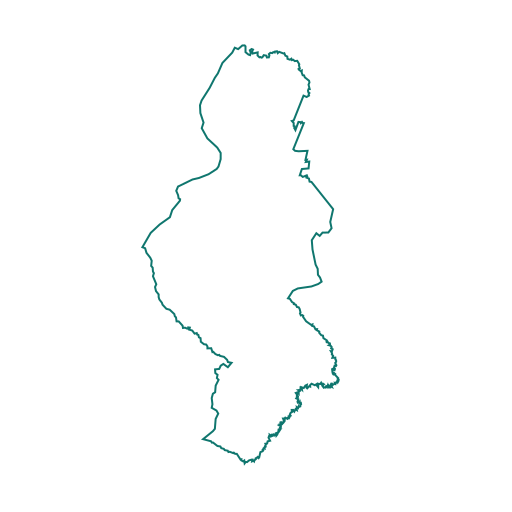 Concordia, Entre Ríos, Argentina, rotated 195°
{"feature_id": "61730980B23463184159568", "entity_name": "Concordia", "entity_type": "district", "adm_level": 2, "iso_a3": "ARG", "parent_name": "Argentina", "parent_adm1": "Entre Ríos", "projection": "equal_earth", "projection_center": [-58.296, -31.285], "detail": "fine", "context": "isolated", "style": "outline", "palette": "teal", "viewbox_px": 512, "rotation_deg": 195, "n_neighbors": 0, "source": "geoboundaries", "source_scale": "gbopen_adm2", "svg_char_len": 6079}
<svg xmlns="http://www.w3.org/2000/svg" viewBox="0 0 512 512"><g transform="rotate(195 256 256)"><path d="M368.0,235.1L365.1,234.8L362.6,230.7L357.7,227.0L355.5,224.4L354.7,219.3L352.8,218.0L351.5,214.3L350.2,213.0L350.3,209.8L345.0,202.9L345.5,199.9L343.5,196.2L340.1,193.7L339.4,191.1L338.1,189.0L334.8,186.5L333.7,184.8L328.9,181.8L325.5,181.8L319.9,178.8L318.8,176.8L317.4,176.0L315.8,172.3L313.7,172.8L308.9,169.7L307.9,167.6L306.0,168.4L303.6,168.0L302.9,168.3L303.0,169.5L301.4,169.7L301.5,167.6L298.3,167.5L295.2,165.1L293.3,166.2L292.5,164.9L291.3,164.9L290.1,162.7L288.3,162.3L287.1,158.9L283.4,157.3L281.2,157.6L279.5,156.1L279.0,154.2L275.4,155.3L273.2,151.9L272.5,152.4L269.9,150.8L267.1,150.3L265.9,151.0L264.9,150.2L260.8,150.3L257.0,148.2L255.7,146.3L252.0,146.5L254.4,141.3L259.6,143.3L261.7,140.9L262.3,137.4L266.2,135.9L265.0,132.4L262.4,131.3L262.2,128.0L260.1,126.7L261.4,120.4L260.2,113.8L262.0,111.8L262.0,107.3L259.7,101.5L259.5,97.9L254.2,96.5L251.7,94.0L252.8,88.2L251.0,78.4L252.3,75.6L259.7,65.4L251.5,65.4L250.3,64.3L249.2,64.7L244.1,62.5L241.1,62.8L239.8,61.4L237.2,61.4L236.0,60.4L232.9,60.6L231.9,59.5L230.7,60.1L226.9,59.7L226.5,60.3L225.0,59.5L223.3,59.9L218.4,55.5L217.5,55.9L217.3,54.8L215.3,54.3L214.4,55.4L213.3,52.8L212.6,54.4L211.3,54.6L209.9,56.7L207.5,58.2L206.7,58.4L206.6,56.7L205.5,57.6L204.7,57.1L204.7,58.2L203.6,59.7L204.0,60.4L202.7,61.8L201.7,61.5L201.9,62.4L200.8,62.3L201.0,67.7L199.1,69.1L198.7,70.0L199.4,70.5L198.9,71.5L199.8,71.7L197.8,72.1L198.4,73.0L197.4,74.2L198.1,74.6L197.6,76.2L198.3,77.1L196.7,77.8L196.8,80.0L194.6,81.2L196.9,83.8L196.8,85.3L195.8,85.3L196.5,86.9L195.3,86.5L194.8,87.1L194.3,86.0L192.9,87.0L193.4,87.7L193.0,88.3L191.9,88.5L191.4,87.7L190.3,89.0L189.8,87.8L189.4,88.7L190.2,89.6L188.4,89.7L190.2,90.5L188.6,91.7L187.7,94.5L189.2,93.6L189.3,94.3L187.8,95.4L188.5,96.6L187.7,97.2L188.1,98.7L189.2,98.6L188.2,99.6L189.3,99.7L188.3,100.4L189.3,101.6L188.8,102.0L187.2,100.9L187.0,101.9L187.7,102.6L186.4,102.1L185.6,104.1L186.0,105.2L186.7,104.7L186.8,105.7L187.1,105.1L187.8,106.0L186.5,106.4L185.4,105.8L185.8,106.3L185.2,107.3L183.4,106.8L182.9,107.5L184.0,108.6L182.1,108.0L181.8,109.6L182.5,110.0L181.3,110.8L182.3,111.7L182.0,113.4L180.6,114.9L181.3,115.5L180.7,116.3L181.2,116.7L180.2,117.0L178.7,115.7L178.2,118.1L176.7,117.7L177.5,119.3L176.9,119.7L177.3,120.5L176.0,120.0L175.9,121.7L175.5,121.3L174.3,122.2L174.6,123.8L174.1,124.5L174.6,125.6L175.7,125.1L175.6,126.0L176.5,125.9L176.5,126.6L177.7,125.3L178.2,126.0L178.0,128.5L180.3,128.9L179.8,130.2L178.9,129.5L179.1,131.2L179.9,132.1L180.4,131.8L180.6,132.8L182.1,134.0L180.6,135.1L179.2,134.2L179.7,135.9L178.9,136.8L180.4,137.4L178.5,138.2L178.8,139.9L177.1,138.9L178.1,141.0L175.7,140.8L174.8,143.6L173.5,144.7L173.3,142.8L172.7,142.6L173.0,141.8L172.3,141.4L170.8,144.2L169.9,144.0L170.3,145.3L169.3,147.0L165.7,146.4L163.8,148.5L163.1,147.7L163.4,146.4L162.0,145.4L162.7,148.7L160.8,149.0L160.3,150.4L158.9,148.6L158.3,150.0L157.2,149.6L157.9,148.6L157.7,147.3L156.4,146.3L154.7,147.8L154.3,147.2L153.7,147.9L154.1,148.6L153.3,148.7L153.2,149.6L152.8,148.9L152.6,149.9L152.0,149.5L152.4,149.3L151.8,148.8L151.9,147.8L150.0,148.3L149.6,149.6L149.0,149.4L149.9,150.6L150.6,150.4L150.3,152.2L149.6,152.4L148.6,151.2L147.2,152.8L146.5,152.8L147.0,153.8L146.0,153.7L145.8,154.8L145.1,154.8L145.2,156.3L144.5,156.4L144.2,155.8L144.0,156.6L144.1,157.9L145.3,158.4L145.0,159.3L148.6,161.5L148.9,162.4L150.5,161.6L151.3,162.2L150.7,163.3L152.1,163.6L153.2,166.4L152.4,167.1L151.8,166.1L150.6,166.0L150.5,167.4L151.8,168.7L151.7,170.4L150.3,170.4L150.1,171.3L151.8,173.2L151.2,174.6L151.7,176.1L152.5,176.5L153.1,178.4L155.9,177.4L155.7,179.6L157.3,180.6L157.3,181.7L159.0,183.4L158.0,183.5L157.8,185.8L159.5,186.2L159.3,187.6L160.6,188.6L162.5,188.7L161.6,189.7L162.0,190.7L163.7,190.8L164.6,191.7L166.1,190.6L165.3,191.9L165.7,192.8L169.6,194.1L170.7,196.4L172.5,196.4L175.1,198.2L175.3,199.4L178.3,200.1L178.2,201.1L179.7,200.7L181.7,203.0L183.6,203.0L183.8,204.5L184.8,203.7L190.7,205.9L194.8,209.4L194.9,210.5L196.1,210.9L197.3,210.2L198.7,212.0L198.4,213.0L200.1,216.1L201.5,217.5L203.2,217.3L204.9,219.2L206.9,219.3L206.9,220.1L209.4,220.9L212.2,223.4L214.1,223.4L211.4,231.8L207.2,235.5L194.6,240.9L188.7,245.0L186.0,248.2L188.6,251.8L191.3,253.9L193.1,259.6L196.2,263.1L203.1,276.9L206.2,285.7L203.6,293.6L199.7,291.9L197.8,295.8L192.2,297.4L190.2,302.4L193.1,308.1L193.6,321.2L221.6,341.9L223.5,341.7L224.9,344.5L227.7,344.8L227.8,345.5L227.1,346.1L227.8,347.1L231.3,344.5L233.6,345.6L234.6,345.3L234.2,351.9L227.9,354.2L229.0,361.0L232.2,359.7L231.8,362.2L233.1,361.7L233.5,370.9L241.9,368.2L245.5,367.7L247.6,368.8L244.2,396.7L245.2,396.5L246.3,397.4L247.1,395.9L247.9,396.8L249.7,396.5L250.5,387.8L251.6,389.0L251.3,390.1L252.2,389.9L252.3,391.3L253.3,391.4L254.0,394.2L256.3,395.7L254.7,396.7L251.6,423.2L248.3,422.7L246.3,424.7L247.1,426.0L246.6,427.2L248.0,427.9L248.6,429.3L248.4,431.0L247.4,431.2L249.6,435.1L249.3,437.5L250.1,439.0L255.1,441.2L256.3,442.9L257.7,442.7L259.4,445.1L259.8,447.0L260.7,446.2L263.0,447.2L263.3,447.7L262.3,448.6L263.9,451.4L263.8,452.4L266.7,455.2L269.0,454.3L270.9,455.2L272.0,454.5L272.9,455.7L274.0,454.4L276.6,454.6L277.4,456.8L279.5,457.1L281.1,459.2L281.7,458.7L286.5,459.2L287.5,457.6L288.7,459.2L290.7,458.3L290.6,457.4L292.1,457.4L292.8,456.2L294.7,456.0L295.8,454.4L295.0,453.3L295.0,451.2L296.9,450.6L297.8,452.2L300.5,452.0L301.3,449.5L302.1,449.0L303.1,449.4L304.1,448.8L306.4,450.1L307.1,453.1L311.6,450.7L312.7,452.7L312.3,454.6L313.8,454.8L315.2,453.1L313.6,450.8L313.7,448.5L315.4,448.6L318.9,450.2L320.4,455.8L321.5,456.5L323.7,455.8L326.8,451.2L330.4,451.7L331.6,446.3L338.4,433.8L340.1,422.5L341.9,417.4L344.3,406.4L348.8,392.1L349.1,387.1L346.7,379.6L341.2,371.3L341.5,365.4L333.4,357.0L321.5,350.7L316.8,346.4L315.2,340.4L315.4,332.7L316.5,329.9L323.0,322.7L331.3,316.6L337.1,313.5L349.3,302.9L349.9,298.3L347.0,294.6L345.7,291.7L344.0,291.2L343.8,289.7L348.8,278.7L349.2,271.2L357.2,261.5L363.7,251.1L368.0,235.1Z" fill="none" stroke="#0f766e" stroke-width="2"/></g></svg>